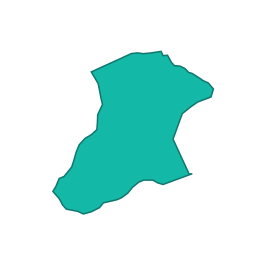 Buan-gun, North Jeolla, South Korea (Robinson projection), rotated 337°
{"feature_id": "91817680B44911241756091", "entity_name": "Buan-gun", "entity_type": "district", "adm_level": 2, "iso_a3": "KOR", "parent_name": "South Korea", "parent_adm1": "North Jeolla", "projection": "robinson", "projection_center": [126.66, 35.682], "detail": "fine", "context": "isolated", "style": "filled", "palette": "teal", "viewbox_px": 256, "rotation_deg": 337, "n_neighbors": 0, "source": "geoboundaries", "source_scale": "gbopen_adm2", "svg_char_len": 878}
<svg xmlns="http://www.w3.org/2000/svg" viewBox="0 0 256 256"><g transform="rotate(337 128 128)"><path d="M214.9,112.4L208.5,103.0L205.5,100.4L203.5,95.2L199.7,91.1L195.1,88.8L193.6,84.7L192.8,76.5L188.6,75.1L188.4,70.4L178.2,67.8L171.0,65.5L166.2,62.6L160.3,60.8L116.1,62.0L117.9,75.4L116.7,81.2L114.9,89.4L113.7,96.4L105.3,103.9L101.7,111.5L98.7,117.3L92.1,119.7L84.4,120.8L76.6,124.3L71.2,129.6L64.6,137.7L61.1,141.8L50.3,147.6L44.9,147.6L38.9,153.5L34.1,157.0L37.1,166.3L37.7,173.3L39.5,178.6L49.1,185.0L53.3,189.7L61.6,190.8L70.6,190.2L76.0,187.3L89.7,189.7L94.5,189.7L102.3,187.9L108.9,184.4L116.6,182.1L122.0,182.1L130.4,185.6L134.0,190.2L138.2,193.7L169.3,195.2L166.3,194.3L165.1,155.8L171.1,149.4L177.6,142.4L183.6,136.0L193.8,133.1L202.1,131.3L216.5,131.9L221.9,125.5L219.5,117.9L214.7,112.7L214.9,112.4Z" fill="#14b8a6" stroke="#0f766e" stroke-width="1.5"/></g></svg>